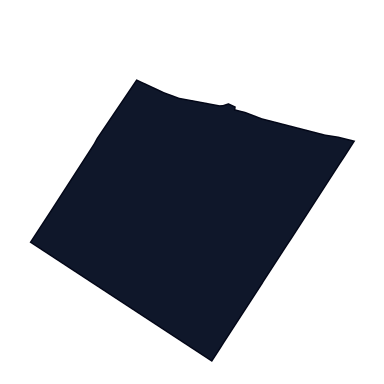 Ashtabula, Ohio, United States of America, rotated 33°
{"feature_id": "52423323B34743732368607", "entity_name": "Ashtabula", "entity_type": "district", "adm_level": 2, "iso_a3": "USA", "parent_name": "United States of America", "parent_adm1": "Ohio", "projection": "robinson", "projection_center": [-80.712, 41.739], "detail": "fine", "context": "isolated", "style": "filled", "palette": "ink", "viewbox_px": 384, "rotation_deg": 33, "n_neighbors": 0, "source": "geoboundaries", "source_scale": "gbopen_adm2", "svg_char_len": 559}
<svg xmlns="http://www.w3.org/2000/svg" viewBox="0 0 384 384"><g transform="rotate(33 192 192)"><path d="M84.0,322.0L300.6,322.9L300.6,307.1L300.5,301.3L300.5,243.8L300.5,229.8L300.4,229.0L300.4,212.4L300.4,191.7L300.4,184.5L300.5,177.5L300.4,131.2L300.3,87.6L300.4,79.5L300.3,61.8L300.3,61.1L284.9,66.4L272.4,72.0L210.4,92.8L193.8,96.3L183.0,99.9L181.8,97.3L174.6,98.3L171.1,102.7L168.3,104.8L130.1,120.6L114.1,124.2L97.4,126.5L89.3,127.7L84.7,128.3L83.4,198.7L83.9,204.9L84.1,283.8L84.0,322.0Z" fill="#0f172a" stroke="#020617" stroke-width="1.5"/></g></svg>